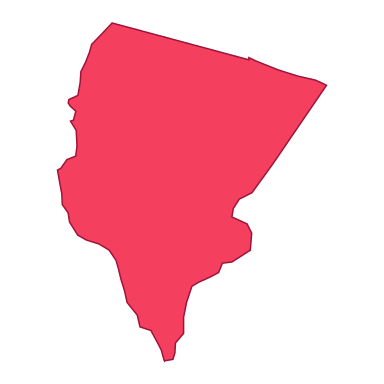 Gerasa, Limassol, Cyprus (Albers equal-area conic projection)
{"feature_id": "46923920B27706584342072", "entity_name": "Gerasa", "entity_type": "district", "adm_level": 2, "iso_a3": "CYP", "parent_name": "Cyprus", "parent_adm1": "Limassol", "projection": "albers", "projection_center": [32.993, 34.805], "detail": "fine", "context": "isolated", "style": "filled", "palette": "rose", "viewbox_px": 384, "rotation_deg": 0, "n_neighbors": 0, "source": "geoboundaries", "source_scale": "gbopen_adm2", "svg_char_len": 951}
<svg xmlns="http://www.w3.org/2000/svg" viewBox="0 0 384 384"><path d="M112.1,23.0L101.6,34.1L91.7,44.3L89.6,51.9L85.7,61.9L80.9,71.6L80.2,82.2L77.9,95.4L68.9,99.5L68.2,103.0L70.3,106.2L75.8,111.1L73.5,120.1L70.5,121.1L76.2,130.4L77.0,145.9L75.7,156.1L66.9,159.6L60.8,168.3L57.5,170.1L59.5,181.5L61.8,193.7L62.3,204.6L68.1,212.8L69.6,222.2L71.9,225.8L77.7,235.1L86.3,240.0L99.0,244.0L109.1,250.1L116.0,260.3L118.2,267.9L121.0,279.4L124.6,291.1L127.1,302.5L137.2,315.0L140.0,326.9L150.9,330.5L158.2,344.0L161.3,350.1L164.1,360.3L164.5,361.0L164.6,360.8L172.9,359.4L174.9,353.0L175.5,342.9L183.6,333.4L183.6,317.2L186.7,301.9L191.9,286.3L198.5,282.3L210.0,277.1L218.6,272.5L222.4,263.2L231.9,262.0L250.3,250.2L251.7,233.2L247.1,223.9L231.9,217.0L233.3,208.6L239.3,199.1L252.0,192.7L272.7,164.1L326.5,85.3L322.0,83.1L315.4,80.1L297.4,76.0L277.6,69.7L256.2,61.1L248.9,57.6L248.9,59.8L112.1,23.0Z" fill="#f43f5e" stroke="#9f1239" stroke-width="1.5"/></svg>